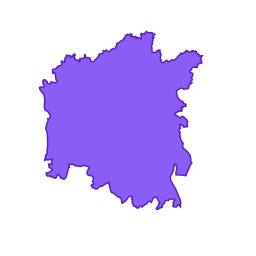 outline of Vavatenina, Analanjirofo, Madagascar, rotated 164°
{"feature_id": "10022922B54073545298219", "entity_name": "Vavatenina", "entity_type": "district", "adm_level": 2, "iso_a3": "MDG", "parent_name": "Madagascar", "parent_adm1": "Analanjirofo", "projection": "albers", "projection_center": [49.007, -17.472], "detail": "fine", "context": "isolated", "style": "filled", "palette": "violet", "viewbox_px": 256, "rotation_deg": 164, "n_neighbors": 0, "source": "geoboundaries", "source_scale": "gbopen_adm2", "svg_char_len": 5822}
<svg xmlns="http://www.w3.org/2000/svg" viewBox="0 0 256 256"><g transform="rotate(164 128 128)"><path d="M207.1,150.4L207.0,146.2L207.9,141.1L208.6,139.1L209.8,133.6L211.9,129.0L212.6,126.0L214.7,124.4L215.6,122.0L216.3,121.4L217.0,119.9L215.3,120.2L214.2,119.5L209.6,118.7L210.4,117.5L210.9,114.0L213.2,114.7L213.1,115.4L214.0,115.1L214.5,114.3L214.7,112.1L214.4,111.4L212.8,110.4L212.3,108.5L216.0,107.1L219.0,107.3L219.3,106.8L219.2,105.1L218.7,104.0L216.2,103.6L216.4,102.7L215.3,102.8L213.3,100.7L211.4,99.7L208.2,102.7L207.1,101.1L206.3,98.3L205.6,98.2L204.8,97.2L203.7,96.4L201.7,97.2L199.0,101.0L196.3,105.9L194.9,106.5L194.8,107.6L195.5,108.7L194.5,109.7L193.8,109.5L193.1,108.7L190.7,108.5L190.3,107.3L189.3,107.0L188.7,105.8L186.1,105.3L184.6,104.1L179.9,104.0L179.1,103.2L177.3,102.2L176.1,101.0L179.4,97.1L179.9,95.9L179.6,94.2L177.9,92.7L176.2,92.4L175.1,90.4L175.3,88.3L176.7,86.6L176.5,83.7L176.7,82.8L178.3,83.6L179.2,83.1L178.7,80.5L176.8,79.4L175.6,78.0L174.2,78.1L172.4,79.2L170.2,79.7L169.1,79.0L166.1,80.2L161.4,81.1L161.0,80.8L161.6,79.5L161.9,75.3L161.8,70.8L159.7,69.1L156.7,64.7L154.8,63.3L153.9,61.6L154.6,57.9L154.2,57.3L151.2,58.2L148.6,59.8L146.4,61.6L143.2,61.9L142.9,60.6L144.2,59.0L143.6,57.6L144.3,56.5L144.5,53.5L144.0,52.7L143.9,51.3L142.6,50.8L142.4,49.9L141.8,49.6L141.7,48.9L140.7,48.7L140.2,48.2L137.9,49.7L137.2,49.4L136.5,48.2L135.9,48.2L134.9,49.1L133.6,49.1L132.7,49.9L131.0,49.8L129.9,51.2L128.1,51.6L127.1,51.5L126.5,50.3L125.8,50.3L123.6,53.1L121.1,54.2L119.4,53.3L119.1,50.8L118.0,48.0L118.4,48.0L120.5,44.8L122.9,43.1L123.0,42.6L122.7,41.9L121.5,41.6L119.4,42.3L117.1,42.3L116.1,44.6L114.1,45.4L112.1,47.7L110.4,47.6L108.9,47.1L108.2,48.1L106.4,48.0L105.9,47.7L104.8,47.6L102.8,45.8L105.2,44.0L105.2,42.0L106.4,40.8L106.1,39.9L104.3,39.0L102.8,38.8L101.4,40.5L100.7,40.5L99.3,37.8L97.7,42.6L97.7,44.6L99.0,56.0L101.3,65.2L101.1,68.0L100.5,70.0L98.1,72.2L95.9,75.1L93.4,80.4L92.1,79.6L92.0,76.0L94.0,72.5L94.8,69.8L90.0,68.2L85.4,66.2L84.2,68.0L77.9,75.6L76.2,76.9L77.0,78.8L76.2,80.5L75.8,84.9L78.0,89.9L80.1,92.7L80.8,94.7L79.2,98.3L79.8,98.8L80.1,99.6L79.9,100.3L80.5,102.0L80.5,103.7L79.8,108.2L79.1,109.7L79.7,110.3L80.0,111.0L79.7,112.0L78.7,112.9L77.8,113.1L77.4,113.5L77.6,114.8L77.2,116.9L76.6,116.4L75.4,116.0L74.9,115.1L74.0,114.9L74.1,113.4L70.7,113.0L70.2,113.5L70.1,116.0L69.1,117.0L68.9,117.7L69.7,120.7L72.3,124.2L73.6,124.2L75.1,123.4L78.6,127.3L79.1,128.6L77.2,129.8L76.6,129.5L75.9,130.0L74.9,129.9L74.4,130.7L74.0,130.2L72.8,130.4L72.4,129.5L71.8,129.4L71.8,129.9L70.9,130.8L71.1,132.3L70.6,132.4L71.3,132.8L71.3,133.3L69.9,133.1L67.6,133.5L66.6,132.9L66.0,133.6L65.9,134.6L66.1,135.1L67.7,135.9L68.0,138.2L70.2,139.8L70.6,141.0L71.2,141.6L71.2,142.8L72.0,144.1L71.6,149.0L70.8,150.4L67.0,151.8L65.5,151.7L63.8,150.3L63.5,149.7L61.5,149.8L59.7,149.3L58.7,149.7L58.3,150.5L58.3,151.7L58.0,152.1L54.3,153.8L55.7,154.4L55.5,155.3L52.8,156.6L53.0,159.2L51.4,160.4L50.7,162.5L53.1,164.6L52.5,166.4L51.1,166.2L50.4,167.7L48.7,168.5L44.8,167.1L44.5,168.2L43.4,169.8L42.7,169.9L41.9,170.6L39.8,170.1L39.0,170.3L38.9,173.4L39.3,174.1L38.8,175.0L36.7,177.0L38.1,177.3L38.7,177.1L40.2,178.0L40.1,178.7L39.6,179.1L40.6,179.6L40.6,180.5L41.4,181.6L41.2,182.5L41.8,183.4L42.8,182.8L43.9,184.2L45.3,184.7L45.9,183.5L47.7,183.9L48.3,184.7L49.3,185.1L50.3,186.4L50.8,186.2L51.0,185.4L52.0,185.6L52.9,184.8L53.8,185.0L55.8,184.2L56.3,185.3L56.8,185.3L57.8,184.4L60.4,183.1L62.1,181.4L63.2,181.3L63.6,180.7L65.9,180.8L67.2,181.6L68.5,180.8L70.7,180.4L72.1,182.3L72.8,182.5L74.2,181.6L75.2,181.6L75.8,181.2L77.9,181.8L78.1,182.7L77.4,183.8L77.8,186.0L77.4,187.1L75.9,189.7L76.3,190.4L75.9,191.3L76.5,192.4L75.7,193.9L76.3,194.3L78.8,194.4L79.2,193.3L79.7,193.0L81.1,193.4L81.8,193.2L84.0,194.4L82.9,198.7L82.7,200.9L81.4,201.9L80.9,204.3L80.1,204.9L79.5,206.7L79.0,207.0L79.3,207.7L78.3,207.8L79.0,208.6L78.6,209.7L77.5,209.7L76.4,210.7L78.0,211.7L78.4,212.8L80.9,213.8L82.4,214.0L83.7,215.8L85.6,214.5L86.1,213.8L87.0,213.9L88.5,215.1L89.7,214.9L90.2,213.6L89.6,212.6L90.2,211.9L90.7,210.1L91.0,210.1L92.4,211.3L93.0,212.2L95.4,211.9L95.0,213.3L95.3,213.7L96.9,214.3L98.1,214.2L100.0,214.9L100.0,215.5L98.4,216.4L98.8,217.5L102.1,217.5L102.8,218.2L103.3,217.6L104.1,217.9L105.8,216.6L106.2,215.3L107.4,215.2L107.2,214.5L107.6,214.1L110.5,213.8L113.2,212.5L114.9,212.6L115.7,211.9L116.2,210.6L117.1,209.7L117.3,208.9L118.5,207.9L119.8,208.4L122.1,208.1L124.6,206.5L125.6,206.3L125.9,206.5L125.9,207.2L127.1,207.9L127.4,208.9L128.7,208.0L129.8,208.9L130.7,209.0L130.5,208.0L131.7,206.7L135.4,206.9L137.0,204.7L138.1,204.2L139.3,202.9L140.8,202.8L142.0,201.6L142.7,201.5L144.8,201.7L145.4,202.4L145.5,203.2L145.0,204.5L145.3,205.6L149.2,207.6L149.0,209.9L149.3,210.4L149.7,210.1L150.2,208.2L151.0,207.3L151.9,207.5L153.2,207.4L154.4,208.0L155.1,208.0L155.9,205.3L156.5,205.0L157.1,207.0L159.6,207.5L159.9,207.9L159.7,209.6L160.1,211.5L158.7,212.6L159.0,213.8L160.5,213.4L161.9,211.6L163.0,211.6L163.5,211.7L163.0,212.4L163.2,213.2L164.4,213.9L165.6,213.8L166.7,215.0L167.5,214.5L168.0,213.2L169.3,212.4L170.2,210.3L170.3,208.9L171.2,208.9L172.6,210.4L173.4,210.5L174.0,209.8L173.8,207.7L174.3,207.0L176.0,206.5L177.5,206.8L178.6,206.0L179.9,205.9L180.7,205.0L182.5,204.8L183.9,205.1L184.6,204.6L185.3,201.6L184.8,201.1L183.4,201.4L182.9,200.7L183.8,194.7L183.8,194.0L182.9,192.8L183.5,191.7L186.4,191.9L189.4,193.6L190.5,192.0L191.7,192.0L192.8,192.7L193.0,194.9L194.5,197.2L195.3,197.5L196.5,197.1L197.2,195.7L197.4,193.8L197.0,191.8L197.3,191.0L198.9,190.6L199.4,190.7L199.8,191.4L201.9,191.4L202.1,189.8L201.3,187.0L199.4,183.2L200.6,176.7L201.7,174.2L202.8,170.4L202.8,168.6L201.9,167.2L200.6,166.2L199.5,162.8L199.5,160.8L199.8,159.8L200.4,159.1L201.3,158.7L202.7,159.0L202.6,157.2L204.0,155.7L207.1,150.4Z" fill="#8b5cf6" stroke="#5b21b6" stroke-width="1.5"/></g></svg>